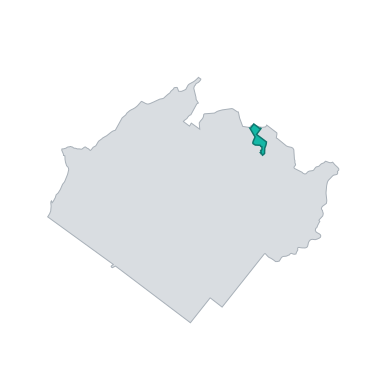 Al Dibab, South Kordufan, Sudan shown in context, rotated 217°
{"feature_id": "16777658B84287593257313", "entity_name": "Al Dibab", "entity_type": "district", "adm_level": 2, "iso_a3": "SDN", "parent_name": "Sudan", "parent_adm1": "South Kordufan", "projection": "orthographic", "projection_center": [28.672, 10.319], "detail": "fine", "context": "in_parent", "style": "filled", "palette": "teal", "viewbox_px": 384, "rotation_deg": 217, "n_neighbors": 0, "source": "geoboundaries", "source_scale": "gbopen_adm2", "svg_char_len": 4601}
<svg xmlns="http://www.w3.org/2000/svg" viewBox="0 0 384 384"><g transform="rotate(217 192 192)"><path d="M255.9,287.4L252.9,287.5L252.6,286.8L252.6,284.8L252.9,283.3L254.0,281.0L253.7,279.7L253.8,277.9L253.0,275.9L245.8,270.0L244.4,268.4L240.5,266.9L241.2,265.2L239.4,253.0L240.2,251.6L240.4,249.5L240.3,247.6L241.2,244.5L241.3,243.1L233.7,243.1L233.7,244.5L234.0,246.0L234.0,246.6L223.6,246.8L227.8,251.5L228.0,253.6L227.8,256.2L227.9,257.9L228.2,259.0L229.3,261.1L229.2,261.5L229.0,262.0L221.6,268.5L220.4,271.5L219.4,273.0L217.3,275.7L210.5,282.5L209.4,283.0L204.2,283.3L203.6,283.5L203.2,283.8L203.0,283.7L198.5,279.7L191.0,274.9L186.1,277.5L184.7,278.4L184.7,280.7L183.9,281.9L182.6,283.2L178.9,284.0L177.0,284.7L174.7,286.0L172.5,288.2L172.4,289.3L172.6,290.4L159.9,290.3L159.1,289.5L157.2,285.9L155.9,286.1L144.4,285.6L142.7,286.0L139.4,287.5L137.8,287.7L136.1,287.0L130.0,279.9L128.7,279.0L127.4,277.3L126.1,276.5L125.6,276.0L125.5,275.2L125.6,273.7L125.1,272.7L124.2,272.5L116.0,274.0L114.9,273.8L113.2,274.1L112.6,274.4L111.9,275.3L111.7,277.3L111.5,278.2L110.9,279.3L108.5,281.7L108.0,282.7L108.1,285.4L107.9,286.7L107.5,287.3L106.5,288.4L106.2,288.9L105.7,292.3L104.4,294.4L104.1,295.1L104.0,296.6L103.8,297.0L100.1,298.1L98.7,298.9L97.9,300.0L97.6,300.5L96.1,300.1L94.1,299.7L90.2,299.3L88.7,298.8L88.0,297.9L88.2,295.9L87.8,295.4L87.2,295.1L86.8,294.2L86.9,293.1L89.0,290.7L89.4,289.5L90.1,283.5L89.9,281.7L88.4,278.3L84.8,272.5L83.9,271.3L79.4,266.5L78.9,265.8L77.8,263.8L79.1,259.4L79.2,258.2L78.9,256.9L77.8,256.0L76.7,255.8L75.4,254.6L74.5,254.1L73.8,253.0L73.2,251.6L73.7,246.4L73.5,245.7L72.3,245.5L72.1,245.1L72.1,244.1L71.6,241.2L70.9,238.7L71.3,237.4L70.4,235.5L68.6,234.7L64.9,235.2L63.8,235.1L63.0,234.7L62.5,234.0L62.2,233.2L62.5,232.0L63.6,229.9L64.9,228.1L67.6,226.5L68.3,225.6L68.7,224.7L68.8,223.6L68.7,222.4L68.4,221.3L67.7,219.9L67.0,218.2L67.0,217.0L67.4,216.2L68.1,215.3L70.8,213.4L73.5,211.9L73.9,211.3L73.8,210.7L72.6,209.3L72.3,206.8L71.7,205.0L73.0,203.7L74.0,203.3L75.6,202.9L76.2,202.3L76.4,201.3L76.4,200.3L77.0,199.5L77.8,197.9L78.4,197.2L80.5,195.3L81.0,194.1L81.1,193.0L80.7,189.4L81.9,187.9L83.4,186.7L85.5,186.8L88.9,186.6L91.1,186.1L92.7,186.2L96.4,186.9L96.8,186.6L97.0,185.7L98.7,118.2L113.6,118.4L113.8,118.3L114.6,86.6L207.8,86.8L208.6,86.7L210.0,83.7L210.6,83.5L211.6,83.7L211.9,84.3L211.2,86.8L292.3,85.3L292.6,88.9L293.4,91.8L296.0,95.9L298.0,98.1L298.8,99.3L298.9,99.8L298.8,100.4L298.2,99.8L297.2,99.4L297.2,101.3L297.8,105.3L298.8,108.0L298.3,110.6L298.7,115.0L300.0,120.2L299.9,123.5L302.0,131.3L303.9,135.6L304.9,136.6L305.9,137.2L307.9,137.5L310.9,139.6L313.3,141.9L314.2,143.1L315.4,144.4L316.2,144.1L316.6,143.8L317.4,144.8L321.2,147.0L321.8,148.1L320.5,149.2L319.1,151.1L318.5,152.8L318.1,153.4L316.9,154.5L316.7,155.0L316.2,155.4L315.7,155.4L314.4,156.0L313.3,155.9L312.2,156.2L311.8,156.6L310.9,157.0L309.7,157.3L307.8,158.7L306.2,159.5L305.7,160.1L304.9,163.0L304.3,163.8L301.8,163.9L300.6,164.2L299.0,163.9L298.2,164.0L298.0,164.6L297.8,167.1L297.9,168.1L296.6,171.0L297.2,176.3L296.0,180.2L295.9,181.2L294.6,184.3L294.0,185.5L292.5,191.4L291.8,193.2L290.4,195.2L292.4,209.2L291.3,213.6L291.5,215.9L290.7,219.4L290.0,221.1L289.0,223.0L288.1,225.2L287.4,228.1L287.0,233.6L286.7,234.1L282.2,234.8L280.8,235.3L279.9,235.9L278.8,237.3L276.6,241.2L275.4,243.5L273.6,246.8L271.5,249.1L271.0,250.2L270.7,252.3L270.0,255.5L269.3,257.9L269.5,259.7L268.8,263.0L269.0,264.5L268.2,265.4L267.2,266.3L266.5,266.5L263.3,264.4L261.1,265.9L259.8,268.0L258.7,270.2L259.4,274.6L259.4,275.6L259.1,276.7L257.1,281.1L256.5,283.1L255.9,286.6L255.9,287.4Z" fill="#d9dde1" stroke="#a8b0b8" stroke-width="1"/><path d="M160.4,271.0L160.6,272.0L160.9,273.0L161.2,273.9L161.8,275.3L162.7,276.8L164.9,276.8L167.4,276.8L168.7,276.8L174.3,276.8L175.1,276.8L175.1,277.0L175.1,284.0L175.1,284.6L175.1,284.8L175.2,284.6L175.4,284.4L175.7,284.2L175.8,284.0L175.8,283.9L176.0,283.8L176.2,283.7L176.3,283.6L176.5,283.5L176.6,283.4L176.7,283.5L176.8,283.5L178.7,283.5L183.6,283.5L183.6,279.4L183.6,279.2L183.6,278.2L184.2,277.8L180.3,276.2L176.8,274.7L175.6,274.3L174.9,274.0L174.5,273.0L173.7,269.6L173.2,268.2L172.5,267.4L171.8,267.4L169.7,267.6L169.3,267.9L168.1,268.7L165.8,270.3L165.5,270.3L165.0,270.0L164.5,269.8L163.9,270.0L163.5,270.2L161.8,268.2L161.7,267.7L161.9,267.2L162.1,266.8L162.1,266.7L161.6,266.8L161.2,265.4L161.2,264.6L160.8,264.7L160.7,264.6L160.3,264.4L160.3,264.5L160.2,264.8L160.1,264.7L159.5,264.4L158.8,264.2L158.1,263.9L157.8,263.8L157.4,265.2L157.3,266.6L158.3,267.9L160.4,271.0Z" fill="#14b8a6" stroke="#0f766e" stroke-width="1.5"/></g></svg>